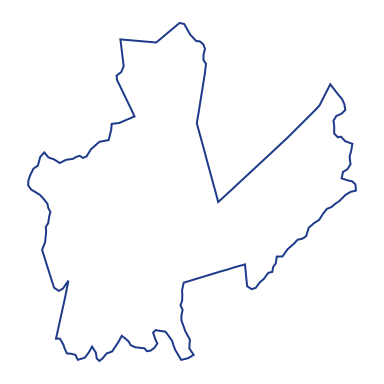 outline of Bonito, Pernambuco, Brazil
{"feature_id": "56859067B60303107893945", "entity_name": "Bonito", "entity_type": "district", "adm_level": 2, "iso_a3": "BRA", "parent_name": "Brazil", "parent_adm1": "Pernambuco", "projection": "equal_earth", "projection_center": [-35.697, -8.487], "detail": "fine", "context": "isolated", "style": "outline", "palette": "blue", "viewbox_px": 384, "rotation_deg": 0, "n_neighbors": 0, "source": "geoboundaries", "source_scale": "gbopen_adm2", "svg_char_len": 2318}
<svg xmlns="http://www.w3.org/2000/svg" viewBox="0 0 384 384"><path d="M184.2,24.0L179.5,23.0L156.2,42.5L120.4,39.4L123.7,66.2L121.3,72.0L116.6,75.6L117.0,80.0L119.6,85.2L132.8,112.6L134.5,116.4L119.4,122.9L111.7,123.9L111.2,129.8L108.6,140.1L99.4,141.8L91.0,149.2L86.5,156.5L82.8,157.9L79.8,155.8L76.0,157.0L73.1,158.8L66.2,159.8L59.7,163.0L53.9,159.3L48.5,157.5L44.3,152.4L40.2,157.0L37.9,165.6L33.4,168.7L30.2,175.3L28.5,180.0L28.1,185.1L31.1,189.5L35.1,191.9L39.9,194.9L43.9,199.2L47.5,203.9L48.3,208.1L50.4,212.0L49.2,216.3L48.2,223.1L45.7,227.1L46.2,231.3L45.1,242.1L42.1,249.9L50.8,277.5L54.1,287.8L58.9,290.9L63.0,288.5L66.0,284.1L68.4,280.7L65.1,297.4L56.0,338.7L59.9,338.7L63.3,344.5L64.8,348.8L67.0,353.5L70.8,353.7L75.5,354.9L77.8,359.8L84.8,357.7L88.7,352.6L92.1,346.6L95.9,352.8L96.7,358.4L99.4,361.0L102.9,358.1L106.5,353.5L112.1,351.5L118.4,342.0L121.8,335.8L125.5,338.7L128.5,341.3L130.7,345.2L135.3,347.3L144.5,348.3L146.9,351.2L150.7,350.6L154.4,347.8L157.3,343.6L155.2,338.9L153.1,332.6L155.6,330.1L159.8,330.9L165.4,331.6L168.0,335.0L172.2,341.0L173.4,345.1L175.2,349.9L178.0,354.5L181.2,359.9L188.1,358.2L193.6,354.9L189.3,348.3L189.9,339.7L185.3,331.2L183.4,325.8L181.4,320.4L181.4,315.5L182.6,309.9L180.5,305.2L182.1,300.9L182.3,296.0L182.1,290.1L183.7,282.7L219.7,271.7L227.6,269.5L234.1,267.4L245.0,264.4L247.1,286.2L251.7,289.2L255.8,287.8L259.4,282.8L263.8,278.9L268.3,272.8L272.3,271.9L273.2,266.9L275.7,263.5L276.8,256.6L282.5,256.4L287.5,249.3L294.3,243.3L297.6,239.7L302.1,238.8L306.1,236.2L308.7,227.8L313.7,223.4L319.2,219.8L323.0,213.8L327.0,208.8L331.4,207.1L334.8,204.1L339.3,201.1L345.5,194.9L350.5,191.9L355.9,190.6L355.4,184.4L352.3,181.4L347.1,180.2L341.6,178.3L343.0,171.9L347.3,169.4L350.5,164.4L349.6,156.5L351.2,150.8L352.4,143.8L345.1,141.2L341.0,136.7L337.8,137.3L334.2,133.5L334.2,126.0L333.5,120.6L336.4,115.9L341.4,113.8L345.3,110.0L344.3,104.0L342.2,99.3L338.5,94.9L333.8,88.9L330.3,84.3L319.5,105.4L316.4,108.9L287.7,137.5L278.4,146.2L273.5,150.8L234.7,186.8L232.0,189.4L228.9,192.2L223.4,197.3L218.2,202.0L216.9,197.0L207.3,161.9L205.1,153.5L198.3,128.8L196.8,123.2L198.7,112.1L201.8,92.5L205.0,72.6L206.0,63.8L203.5,60.1L203.5,54.8L205.0,48.8L203.3,44.3L199.7,41.3L196.3,41.1L190.3,34.7L187.2,29.3L184.2,24.0Z" fill="none" stroke="#1e3a8a" stroke-width="2"/></svg>